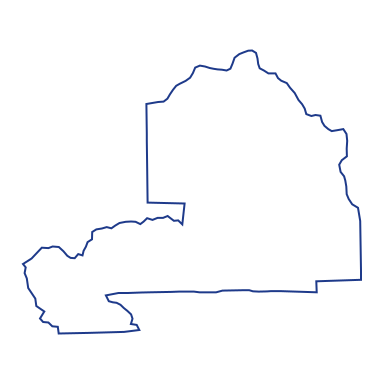 the district of Flores da Cunha, Rio Grande do Sul, Brazil
{"feature_id": "56859067B84759679452911", "entity_name": "Flores da Cunha", "entity_type": "district", "adm_level": 2, "iso_a3": "BRA", "parent_name": "Brazil", "parent_adm1": "Rio Grande do Sul", "projection": "robinson", "projection_center": [-51.242, -29.022], "detail": "fine", "context": "isolated", "style": "outline", "palette": "blue", "viewbox_px": 384, "rotation_deg": 0, "n_neighbors": 0, "source": "geoboundaries", "source_scale": "gbopen_adm2", "svg_char_len": 1968}
<svg xmlns="http://www.w3.org/2000/svg" viewBox="0 0 384 384"><path d="M158.1,102.0L146.4,104.0L146.8,133.7L146.8,140.7L147.2,170.0L147.3,178.9L147.6,202.6L184.6,203.5L182.3,224.4L178.2,220.4L173.9,220.8L167.6,216.0L163.0,217.9L157.5,217.9L152.5,219.9L147.1,218.2L143.6,221.6L140.3,224.1L135.6,221.8L131.1,221.5L125.7,221.8L119.5,223.0L115.2,225.6L111.4,228.3L106.7,227.1L101.9,228.5L96.3,229.4L92.2,232.0L92.0,239.3L87.6,242.1L85.9,246.7L83.6,250.8L82.5,255.4L78.2,254.1L74.7,258.2L70.6,257.9L67.3,255.8L63.4,251.2L58.8,247.0L52.6,246.5L48.5,248.1L41.8,247.7L31.6,258.5L23.0,264.0L25.7,267.4L24.6,273.1L26.8,278.4L28.2,288.0L35.3,298.6L36.3,306.0L44.3,311.5L40.0,318.5L43.1,322.0L48.4,322.5L52.3,326.3L57.8,326.8L58.7,333.5L88.4,332.9L124.2,331.9L139.3,330.0L136.7,324.9L130.9,324.0L132.5,318.7L131.1,314.4L127.5,311.0L123.9,308.1L120.5,304.8L116.6,302.8L112.8,302.3L108.8,301.2L105.9,295.4L118.5,293.0L127.8,293.0L133.2,292.8L141.5,292.5L150.2,292.3L171.5,291.9L179.2,291.6L193.9,291.6L199.4,292.3L216.2,292.3L222.5,290.6L243.3,290.2L249.2,290.2L252.9,291.3L258.6,291.6L267.0,291.4L271.3,291.1L279.8,291.1L304.5,291.9L316.7,292.3L316.3,281.3L361.0,279.8L361.0,270.7L360.2,221.0L358.0,207.8L352.2,204.3L348.7,199.0L346.7,194.2L346.3,186.5L345.3,180.6L344.1,176.3L340.6,171.9L339.2,164.7L341.8,160.2L346.9,156.3L346.7,148.6L347.2,140.9L346.5,134.0L343.3,129.1L337.2,130.2L331.7,131.1L328.3,129.1L324.5,125.9L322.1,122.0L320.4,115.7L315.5,115.0L311.4,116.0L306.3,114.1L304.7,108.6L302.1,104.2L298.5,100.0L294.7,93.0L290.0,87.7L286.8,83.1L281.2,80.7L278.0,78.1L275.5,73.4L268.4,73.4L263.9,70.5L259.7,68.3L258.2,64.0L257.5,58.5L256.0,52.9L252.1,50.5L248.2,50.7L243.5,52.4L239.3,54.1L234.6,57.7L232.5,63.7L230.4,68.7L226.6,70.5L221.9,69.7L217.6,69.4L213.7,68.8L209.7,68.0L205.0,66.5L199.9,65.6L195.2,67.6L192.9,73.1L190.1,77.7L185.6,80.9L179.7,83.8L176.2,85.8L173.0,89.8L169.9,94.4L167.4,98.7L163.6,101.6L158.1,102.0Z" fill="none" stroke="#1e3a8a" stroke-width="2"/></svg>